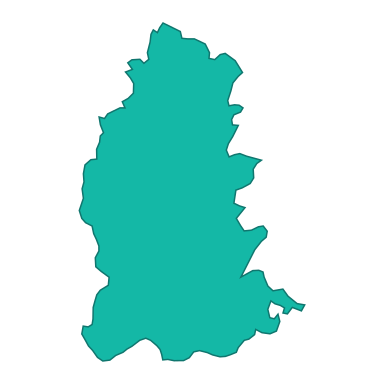 Conselheiro Mairinck, Paraná, Brazil
{"feature_id": "56859067B52916325925510", "entity_name": "Conselheiro Mairinck", "entity_type": "district", "adm_level": 2, "iso_a3": "BRA", "parent_name": "Brazil", "parent_adm1": "Paraná", "projection": "natural_earth1", "projection_center": [-50.121, -23.586], "detail": "fine", "context": "isolated", "style": "filled", "palette": "teal", "viewbox_px": 384, "rotation_deg": 0, "n_neighbors": 0, "source": "geoboundaries", "source_scale": "gbopen_adm2", "svg_char_len": 2167}
<svg xmlns="http://www.w3.org/2000/svg" viewBox="0 0 384 384"><path d="M243.0,107.9L239.1,105.2L234.5,104.8L229.0,105.8L227.7,100.6L230.9,90.8L232.9,82.9L238.2,76.4L242.5,72.5L235.2,60.7L225.2,53.4L220.2,54.6L214.8,59.6L209.0,58.4L209.5,52.7L205.2,44.0L194.4,38.9L187.9,38.9L181.9,38.3L180.3,31.5L163.0,23.0L159.7,27.7L157.4,32.6L153.3,29.9L151.0,34.3L150.1,42.1L147.4,52.7L148.8,59.3L143.9,63.3L139.9,59.3L131.9,59.8L127.8,62.8L132.4,69.4L125.5,72.0L130.3,77.8L133.7,83.5L133.4,93.2L128.2,98.4L122.3,101.7L125.0,107.9L120.0,107.9L114.2,110.7L107.7,113.9L104.5,118.5L99.1,117.0L100.4,124.8L103.5,132.7L100.3,136.0L99.6,142.2L96.6,149.3L96.8,159.1L90.9,159.7L85.0,164.9L83.4,173.8L84.0,181.9L82.1,188.8L83.4,198.3L79.3,210.5L81.8,218.4L85.6,222.7L92.1,226.0L93.7,233.7L96.4,239.4L98.9,246.0L98.9,251.0L95.3,257.8L95.8,266.8L101.3,271.5L109.1,277.2L108.3,285.3L100.3,290.2L96.8,294.8L95.1,300.5L93.2,307.4L93.0,319.1L92.1,324.5L88.2,326.9L83.2,326.1L81.8,334.0L84.9,339.4L88.5,346.0L92.6,350.4L97.5,357.4L102.8,361.0L109.9,360.1L115.8,355.4L123.0,352.3L127.1,349.0L131.9,346.3L139.7,340.3L145.8,338.2L150.6,340.3L156.9,345.7L160.1,349.5L161.7,354.5L162.8,359.9L167.8,359.4L174.1,360.7L179.2,360.6L183.5,360.6L189.3,357.7L193.7,351.9L199.5,350.6L207.4,352.6L212.6,354.9L220.0,356.8L225.4,356.4L230.4,354.7L236.3,352.3L238.2,347.6L244.3,340.3L248.9,339.1L254.6,334.6L255.7,329.4L262.0,332.7L270.0,333.8L276.4,331.1L279.8,321.5L278.0,314.2L274.3,318.8L269.8,317.7L267.8,309.3L270.9,300.9L275.0,303.8L280.3,305.4L284.5,307.9L283.0,313.0L287.4,313.9L292.3,307.4L301.4,310.9L304.7,304.9L297.1,303.6L288.0,296.2L282.9,289.1L273.0,290.8L267.9,286.1L264.1,277.1L263.0,272.0L258.8,270.3L252.8,270.6L240.9,277.1L250.4,258.4L254.8,249.7L261.4,241.3L266.2,237.2L267.2,231.2L263.2,226.0L258.4,226.8L251.4,230.2L244.1,230.9L240.6,225.7L236.3,218.4L245.0,207.6L239.5,205.9L233.9,203.2L235.9,190.1L242.1,187.9L250.2,183.5L253.7,177.9L253.2,169.2L256.8,163.5L261.4,160.2L246.6,156.2L239.8,153.6L234.5,154.7L229.1,156.9L226.3,150.1L228.4,143.6L232.7,136.6L238.3,125.4L232.5,124.9L231.6,119.6L233.9,114.8L240.5,112.1L243.0,107.9Z" fill="#14b8a6" stroke="#0f766e" stroke-width="1.5"/></svg>